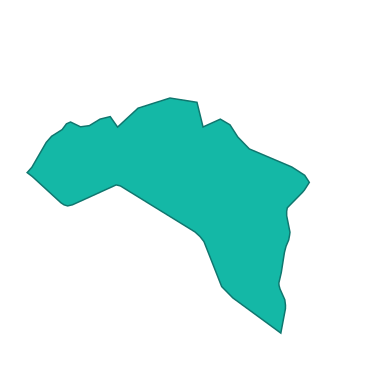 map outline of Hanover (Equal Earth projection), rotated 32°
{"feature_id": "JAM-1371", "entity_name": "Hanover", "entity_type": "Parish", "adm_level": 1, "iso_a3": "JAM", "parent_name": "Jamaica", "parent_adm1": "", "projection": "equal_earth", "projection_center": [-78.136, 18.373], "detail": "fine", "context": "isolated", "style": "filled", "palette": "teal", "viewbox_px": 384, "rotation_deg": 32, "n_neighbors": 0, "source": "natural_earth", "source_scale": "10m", "svg_char_len": 800}
<svg xmlns="http://www.w3.org/2000/svg" viewBox="0 0 384 384"><g transform="rotate(32 192 192)"><path d="M41.9,262.9L43.1,255.9L42.1,227.2L43.4,219.1L48.8,207.9L49.4,200.7L51.9,197.0L62.9,195.8L69.8,190.1L75.4,178.9L82.7,171.4L94.5,176.4L101.8,149.5L123.5,124.0L148.7,113.3L166.9,131.0L177.4,115.2L188.6,114.9L201.7,121.1L217.8,125.1L263.5,117.9L278.7,118.1L286.4,121.7L286.3,130.7L285.9,133.6L281.2,154.9L282.5,158.2L284.9,162.0L296.4,174.2L297.6,176.8L299.4,181.4L300.5,188.2L302.4,194.2L310.4,213.0L313.9,223.2L315.4,225.2L318.0,227.6L327.8,234.2L331.3,238.5L333.1,241.5L342.1,264.6L282.8,260.2L267.3,256.5L228.4,227.7L222.3,225.5L215.7,224.3L128.0,224.8L123.9,226.2L97.4,266.2L93.9,269.7L90.3,270.7L86.5,270.6L48.3,263.5L41.9,262.9Z" fill="#14b8a6" stroke="#0f766e" stroke-width="1.5"/></g></svg>